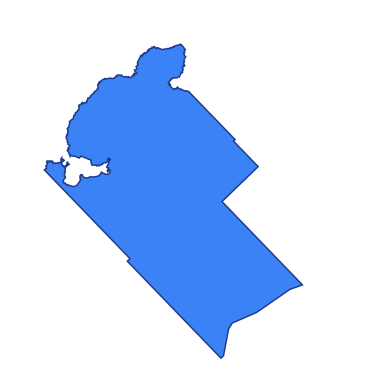 73, Ar Rayyān, Qatar (Mercator projection), rotated 46°
{"feature_id": "91078587B33419778787215", "entity_name": "73", "entity_type": "district", "adm_level": 2, "iso_a3": "QAT", "parent_name": "Qatar", "parent_adm1": "Ar Rayyān", "projection": "mercator", "projection_center": [50.94, 25.696], "detail": "fine", "context": "isolated", "style": "filled", "palette": "blue", "viewbox_px": 384, "rotation_deg": 46, "n_neighbors": 0, "source": "geoboundaries", "source_scale": "gbopen_adm2", "svg_char_len": 5753}
<svg xmlns="http://www.w3.org/2000/svg" viewBox="0 0 384 384"><g transform="rotate(46 192 192)"><path d="M117.0,124.6L116.1,125.7L115.2,125.8L114.8,126.1L114.6,126.8L111.5,128.2L110.5,128.3L110.2,129.0L109.8,128.9L108.7,129.5L106.4,129.6L106.5,130.7L106.9,131.1L106.9,131.8L105.9,132.2L106.0,133.2L105.5,133.4L105.5,133.9L101.2,134.2L100.1,133.6L100.1,133.2L99.9,133.2L99.7,134.1L98.8,134.2L98.6,134.1L98.7,133.0L98.4,132.6L97.1,132.8L96.7,133.6L96.6,130.4L96.8,130.0L96.6,129.5L96.7,129.1L96.2,129.1L96.1,128.0L96.8,127.4L97.5,125.1L98.2,125.0L98.5,124.1L99.5,123.5L99.9,121.1L100.3,121.1L98.8,117.0L99.3,117.0L99.3,115.5L98.4,115.0L98.3,114.4L97.8,113.5L97.3,113.5L97.1,112.9L96.0,112.6L95.7,112.0L95.7,111.3L96.1,110.9L96.1,110.5L95.8,110.0L95.2,110.0L95.6,109.6L95.2,109.6L95.0,109.0L93.7,108.7L92.9,107.2L93.0,106.8L91.3,106.1L90.7,103.5L90.2,102.5L88.7,102.6L87.0,101.9L86.5,101.6L86.8,100.7L86.1,100.7L85.9,100.1L85.5,100.1L85.0,97.9L83.7,98.1L83.7,97.7L79.2,97.4L78.4,97.9L78.4,97.5L77.7,97.7L77.2,98.6L76.7,100.3L76.0,101.4L75.6,101.4L75.2,102.9L74.8,103.3L74.5,104.4L75.1,104.4L75.1,104.9L74.7,104.9L74.6,105.5L74.2,105.9L74.1,106.8L73.6,106.8L73.6,107.5L73.2,107.5L72.8,109.4L72.3,109.4L72.1,110.1L71.5,110.3L71.2,111.4L70.1,112.4L69.1,114.4L64.8,116.3L64.8,116.8L64.4,116.7L63.7,117.0L63.8,117.9L63.5,118.3L61.1,118.1L61.0,119.2L60.3,120.0L60.9,120.0L61.0,120.7L60.5,121.8L59.9,122.0L59.4,123.7L60.2,124.1L60.3,124.8L59.4,125.0L59.4,125.7L59.9,125.7L59.9,126.3L60.3,126.4L60.4,126.7L59.8,128.2L59.9,129.5L59.0,129.3L58.7,130.6L58.7,131.7L59.4,131.9L59.6,132.8L58.8,133.0L58.8,134.1L58.4,134.1L58.4,134.5L59.2,134.3L59.1,136.3L60.4,139.5L60.4,140.2L61.4,141.7L62.0,141.7L62.2,142.2L62.7,142.3L62.6,142.5L63.0,143.1L62.9,145.1L65.0,145.8L65.1,146.9L64.4,148.6L64.8,148.6L65.0,149.1L68.3,149.2L67.6,151.0L66.5,151.0L66.8,152.3L67.8,152.4L68.2,152.7L68.1,153.1L67.4,153.2L66.8,153.8L67.3,154.9L67.3,156.0L67.0,156.6L66.6,156.6L65.7,157.9L65.0,157.7L64.6,158.6L63.3,159.0L63.2,159.9L62.9,160.3L62.2,160.4L61.4,161.3L60.1,161.7L58.6,161.6L58.6,162.7L57.1,163.2L56.4,163.8L56.1,164.8L56.4,165.3L55.8,165.5L56.1,166.6L55.9,167.0L56.1,168.7L55.5,169.6L55.4,170.2L54.5,170.7L54.3,171.3L52.8,172.0L52.1,174.1L50.6,175.2L50.6,175.7L49.8,175.9L49.8,176.3L50.2,176.3L49.0,178.3L49.1,180.9L48.5,181.1L48.7,182.4L49.4,182.4L49.4,183.7L48.9,183.7L49.2,184.3L49.2,185.2L50.0,185.9L51.1,186.3L51.2,186.9L52.2,187.6L52.0,188.6L52.5,189.1L52.5,190.6L52.0,192.8L52.3,193.0L52.4,194.3L52.8,194.3L52.5,195.1L52.4,197.7L52.8,197.7L52.7,199.2L53.1,199.9L53.1,200.3L52.7,200.8L52.6,201.6L52.2,201.6L52.3,202.1L53.0,202.5L53.1,204.0L53.7,205.1L54.3,205.1L54.0,206.6L53.7,207.0L53.0,207.2L53.0,208.3L52.6,208.3L52.4,209.2L51.7,209.0L52.0,209.6L51.5,209.6L51.8,210.9L51.6,211.1L51.5,212.4L51.1,212.4L51.1,213.1L51.6,213.3L51.9,214.2L52.2,214.5L53.0,214.7L54.0,215.9L54.0,216.5L53.8,216.8L54.4,219.1L54.0,220.9L55.1,222.0L54.9,223.5L55.4,224.8L55.8,224.9L56.8,226.5L56.8,226.9L56.4,227.6L56.2,231.3L57.1,231.5L58.3,233.6L59.2,234.5L59.9,238.0L61.9,238.2L62.2,239.3L62.7,240.0L63.8,240.3L63.8,242.3L64.2,242.3L64.2,242.7L64.7,242.7L64.7,243.6L65.1,243.6L65.2,244.4L65.7,245.0L67.9,245.6L68.8,246.2L69.4,247.1L70.7,247.1L71.3,248.1L73.5,247.5L73.5,247.9L73.9,247.9L73.8,248.3L74.2,249.2L74.2,250.5L74.6,250.8L75.4,250.7L75.6,252.2L75.2,252.2L75.4,252.8L79.7,253.7L79.7,254.2L80.8,254.3L81.9,255.0L81.8,254.2L82.1,253.3L83.4,252.8L85.8,250.8L87.0,250.6L87.9,249.9L89.0,249.7L89.3,249.4L89.0,247.0L89.8,246.7L90.5,246.0L92.8,245.4L94.1,244.5L96.1,243.9L98.4,242.6L99.6,242.9L100.4,244.1L103.4,245.3L103.7,244.4L104.9,243.7L106.0,242.4L107.3,242.3L107.5,240.7L108.8,240.5L109.2,237.5L109.8,237.5L109.7,235.8L109.9,234.9L111.2,233.6L111.4,233.0L111.3,231.0L109.8,230.1L110.0,228.2L110.7,228.1L111.1,228.7L112.0,228.4L112.0,229.7L111.1,229.2L110.7,229.5L110.9,230.1L112.0,230.0L112.2,231.2L113.6,231.9L114.0,234.0L114.8,236.0L115.4,236.1L117.1,235.3L117.6,237.9L118.9,238.6L118.9,235.1L119.2,236.0L120.6,236.6L121.1,238.4L120.9,240.3L120.2,241.2L119.7,241.3L118.9,242.1L117.6,242.4L116.7,243.0L114.8,243.3L115.5,245.9L115.5,248.3L113.6,251.3L111.8,253.5L110.3,254.4L110.2,255.4L109.3,257.4L107.9,258.9L105.8,259.7L105.1,259.7L103.4,259.0L102.3,260.0L102.9,261.1L102.7,261.5L103.3,261.7L103.4,262.2L104.3,262.4L104.0,263.0L103.6,263.0L104.7,263.1L105.5,263.6L106.0,263.4L105.9,264.1L106.7,266.9L107.2,271.0L106.3,272.7L105.1,274.0L102.5,275.4L101.9,275.6L101.7,276.2L101.0,276.1L100.4,276.4L100.4,276.9L99.7,276.7L98.9,277.2L97.4,277.1L97.2,277.9L95.4,277.7L95.4,277.3L94.1,276.6L93.8,274.3L93.9,273.4L93.1,273.2L92.9,272.5L91.8,272.5L91.8,272.1L90.5,271.5L90.1,269.9L89.6,269.9L89.0,268.9L88.6,268.9L88.1,267.8L86.8,266.9L86.9,266.5L86.3,265.6L86.3,263.9L86.8,261.1L86.2,261.3L86.2,262.4L85.8,262.1L84.9,261.9L84.5,260.6L84.3,260.6L84.0,261.3L84.5,261.3L84.7,262.4L85.1,262.5L85.4,263.0L85.2,266.5L84.0,266.8L83.8,266.7L83.8,266.3L81.5,266.7L81.2,265.8L80.2,265.6L80.0,263.5L80.4,263.5L80.4,261.9L78.7,262.1L78.2,262.5L77.6,262.5L76.9,261.9L77.2,263.2L77.6,263.2L77.6,263.7L78.0,263.8L78.2,264.3L78.8,264.5L79.2,265.8L78.9,267.4L78.4,267.4L78.0,268.6L77.6,268.6L77.3,269.5L76.9,269.9L76.5,269.9L75.9,271.0L75.0,271.2L75.0,271.7L73.7,271.9L73.7,271.5L73.3,271.8L72.9,271.7L72.9,271.2L72.4,271.2L72.6,272.1L70.9,272.5L70.9,273.2L71.4,273.2L70.9,273.8L70.5,273.8L70.5,274.3L70.1,274.3L70.1,273.8L69.4,274.1L69.1,274.9L69.4,275.5L69.9,275.6L69.9,276.0L70.5,275.9L70.7,276.4L71.9,277.1L71.7,279.2L73.9,279.9L73.7,280.8L73.3,280.5L73.8,281.2L73.5,282.9L196.8,282.9L196.8,286.6L331.7,286.6L331.7,283.1L315.9,260.8L314.2,254.0L323.5,229.1L330.0,189.3L335.5,177.1L219.7,177.1L219.7,126.8L184.3,126.8L184.3,124.6L117.0,124.6Z" fill="#3b82f6" stroke="#1e3a8a" stroke-width="1.5"/></g></svg>